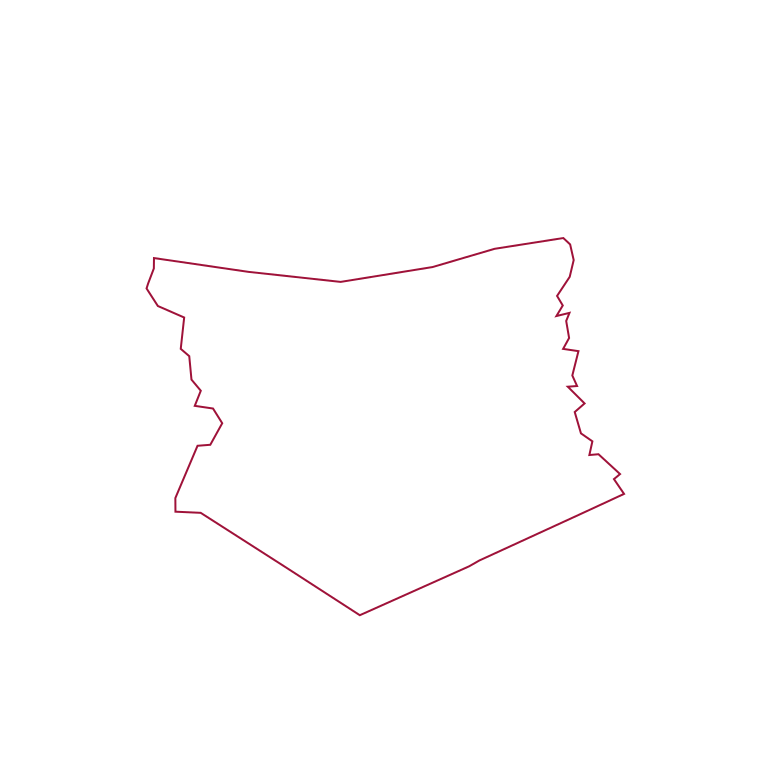 the district of Guadalupe, Texas, United States of America, rotated 32°
{"feature_id": "52423323B15867360599504", "entity_name": "Guadalupe", "entity_type": "district", "adm_level": 2, "iso_a3": "USA", "parent_name": "United States of America", "parent_adm1": "Texas", "projection": "albers", "projection_center": [-97.953, 29.612], "detail": "fine", "context": "isolated", "style": "outline", "palette": "rose", "viewbox_px": 768, "rotation_deg": 32, "n_neighbors": 0, "source": "geoboundaries", "source_scale": "gbopen_adm2", "svg_char_len": 801}
<svg xmlns="http://www.w3.org/2000/svg" viewBox="0 0 768 768"><g transform="rotate(32 384 384)"><path d="M122.2,399.1L127.6,408.0L130.7,423.7L132.0,428.8L150.9,437.7L179.3,433.5L193.0,461.9L204.1,463.6L218.4,482.3L232.2,486.8L235.1,502.8L252.0,495.4L267.6,503.0L268.9,527.6L258.6,535.2L267.5,591.3L274.8,602.8L296.8,590.4L396.4,591.5L486.0,592.9L552.8,493.5L558.4,483.1L621.3,387.5L645.8,350.0L629.4,342.8L631.9,335.3L603.1,329.9L595.8,335.4L591.1,322.2L577.2,321.5L560.6,306.7L564.4,294.2L541.3,288.9L548.8,283.4L539.2,277.0L531.5,253.1L517.3,259.3L516.6,246.9L505.1,234.0L503.6,225.4L494.2,235.0L494.0,222.7L484.1,217.6L484.7,194.7L479.2,178.4L467.9,167.0L458.7,165.2L406.1,210.8L363.1,259.2L361.7,260.4L293.1,320.4L209.9,360.6L122.2,399.1Z" fill="none" stroke="#9f1239" stroke-width="2"/></g></svg>